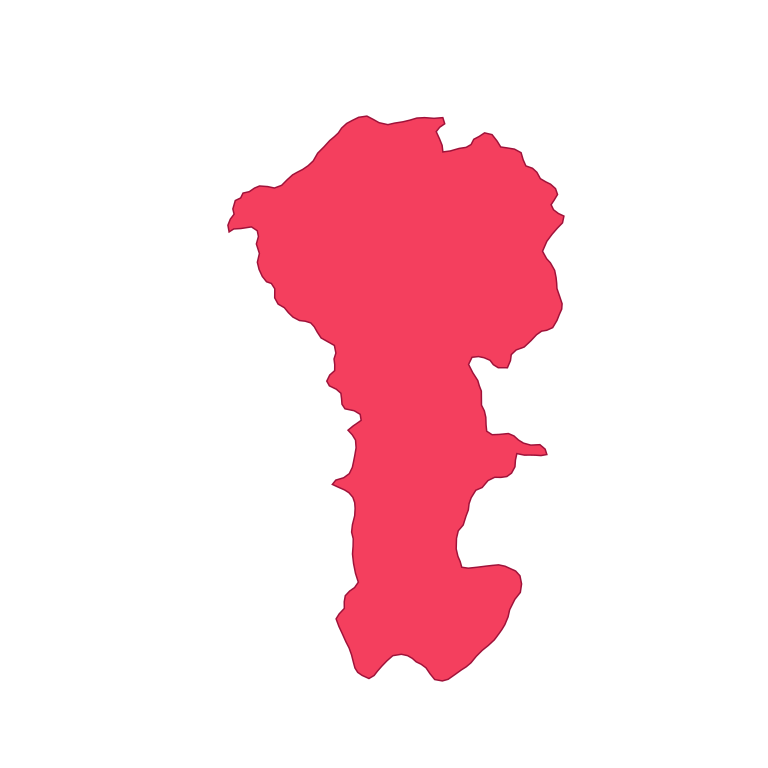 Guimarânia, Minas Gerais, Brazil (orthographic projection), rotated 206°
{"feature_id": "56859067B18916788742052", "entity_name": "Guimarânia", "entity_type": "district", "adm_level": 2, "iso_a3": "BRA", "parent_name": "Brazil", "parent_adm1": "Minas Gerais", "projection": "orthographic", "projection_center": [-46.761, -18.797], "detail": "fine", "context": "isolated", "style": "filled", "palette": "rose", "viewbox_px": 768, "rotation_deg": 206, "n_neighbors": 0, "source": "geoboundaries", "source_scale": "gbopen_adm2", "svg_char_len": 3483}
<svg xmlns="http://www.w3.org/2000/svg" viewBox="0 0 768 768"><g transform="rotate(206 384 384)"><path d="M170.1,256.4L172.7,264.6L177.7,271.2L183.7,273.6L195.3,273.3L201.7,271.7L207.0,268.5L212.5,265.0L219.7,260.3L227.5,255.4L233.8,253.4L237.7,257.8L242.1,261.6L246.8,267.4L251.2,277.1L252.9,284.6L251.0,292.0L252.4,301.3L253.0,307.8L255.1,313.8L255.8,320.0L254.9,328.8L250.4,334.0L248.2,342.8L243.6,348.7L238.0,351.3L233.0,354.7L230.3,359.8L230.0,367.0L232.5,373.2L234.1,379.7L226.7,381.6L221.9,384.0L216.7,386.4L211.5,388.5L206.7,392.0L210.6,396.1L217.3,397.8L225.3,393.4L232.8,392.0L238.6,392.6L244.4,394.3L250.5,394.0L258.3,389.2L264.6,385.8L271.0,386.6L274.3,391.9L277.9,398.7L282.0,403.8L287.1,407.7L290.3,414.1L293.4,420.3L297.5,424.1L301.2,428.2L309.2,433.1L316.6,438.7L316.6,446.6L311.1,450.1L305.5,451.5L299.1,451.8L294.2,449.3L288.5,448.7L280.2,452.7L280.6,460.5L282.5,466.2L280.1,472.6L274.2,478.7L270.9,487.4L268.5,495.2L265.5,500.6L261.3,503.6L257.1,508.6L256.4,517.0L256.9,523.4L257.1,529.2L259.1,534.2L264.6,539.8L270.4,545.6L273.0,550.3L276.0,555.1L280.4,560.9L287.5,565.8L292.8,567.9L299.7,572.8L300.2,583.7L298.6,592.2L296.5,600.1L294.2,607.1L295.9,613.8L302.0,613.7L308.0,614.9L312.4,618.4L311.7,623.7L311.1,630.4L315.5,634.8L321.9,636.6L327.1,636.6L333.5,637.1L339.4,641.3L345.1,643.0L352.1,642.2L357.2,646.5L362.2,652.0L369.7,652.3L376.4,650.3L383.0,648.2L389.0,652.0L396.2,655.5L403.7,653.8L407.0,648.2L410.6,643.3L410.7,637.4L413.9,632.7L419.7,628.7L426.6,622.5L432.8,618.4L436.4,624.0L441.6,628.7L447.7,633.7L446.5,639.2L443.5,644.5L447.9,649.2L455.5,644.7L464.3,641.2L471.1,637.4L476.4,632.5L482.0,627.9L488.9,623.1L494.2,618.8L503.0,616.7L509.6,617.1L516.8,617.3L523.7,612.6L527.9,607.2L531.8,601.8L534.3,595.4L535.1,589.6L537.0,584.6L539.5,579.0L541.9,570.8L544.8,562.4L545.4,553.5L547.9,546.9L551.2,541.1L554.8,536.3L557.8,532.0L560.5,525.3L563.1,517.7L568.4,512.1L575.2,510.4L582.7,507.4L586.3,503.3L589.4,497.8L594.4,493.8L594.4,488.4L598.1,483.7L596.6,475.1L593.2,470.9L594.4,464.8L593.9,458.3L589.9,452.8L587.0,457.5L580.8,461.0L572.0,467.1L565.1,466.2L561.5,461.5L560.1,453.9L553.2,446.7L551.2,437.9L546.5,432.2L540.5,427.3L534.4,424.4L529.3,425.0L523.9,421.7L520.0,413.5L514.2,409.4L507.0,408.9L501.2,406.2L495.1,404.2L487.8,404.0L482.4,405.9L476.6,406.8L471.8,404.9L466.6,401.3L460.7,397.8L453.6,397.4L445.5,396.9L440.8,390.7L439.9,384.6L436.7,379.7L434.2,374.4L436.7,368.3L436.7,361.5L432.3,358.4L424.5,358.4L418.7,356.8L415.7,352.2L412.9,347.4L408.2,344.6L399.1,346.9L392.1,346.3L388.6,341.3L393.5,332.5L396.1,326.7L390.2,324.4L385.0,321.1L381.1,314.4L378.8,306.5L377.2,300.4L375.9,295.2L375.9,288.2L379.1,282.1L385.2,276.5L386.4,271.1L380.8,271.2L373.0,271.5L367.8,270.9L362.3,268.5L358.3,264.5L355.4,259.5L352.6,252.8L350.7,243.7L348.2,236.7L343.8,231.4L340.7,224.7L337.8,217.4L332.6,209.2L326.6,201.3L320.2,194.6L321.2,188.1L324.1,182.9L326.0,176.8L324.3,170.9L321.3,164.9L323.5,157.8L324.1,151.9L318.2,146.3L311.9,141.2L305.2,135.6L299.7,131.5L294.4,126.3L289.1,120.0L285.6,116.0L281.2,113.3L275.9,112.5L268.4,112.7L265.1,117.7L264.0,123.1L262.3,129.4L260.0,136.5L257.0,143.7L249.9,148.7L243.7,150.2L238.2,149.8L233.3,148.4L227.7,148.4L221.8,147.3L215.5,143.7L208.9,140.6L201.4,142.7L196.9,146.7L192.8,154.1L189.1,161.0L186.1,165.9L183.6,171.6L181.7,179.7L179.0,187.6L175.7,194.6L172.7,202.3L171.3,209.6L170.4,215.1L169.9,220.7L170.4,229.1L172.1,236.2L172.0,247.8L170.1,256.4Z" fill="#f43f5e" stroke="#9f1239" stroke-width="1.5"/></g></svg>